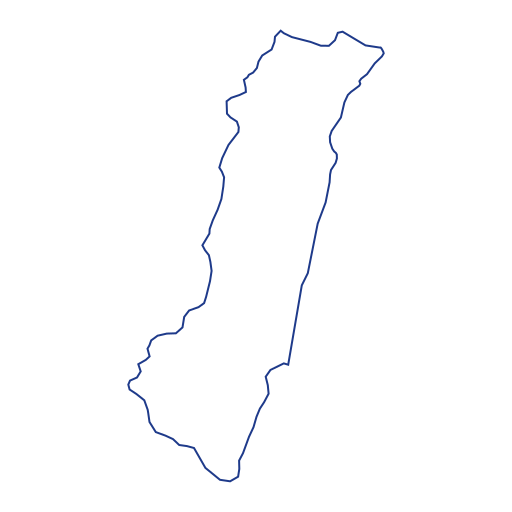 map outline of Hualien (Mercator projection)
{"feature_id": "TWN-1172", "entity_name": "Hualien", "entity_type": "County", "adm_level": 1, "iso_a3": "TWN", "parent_name": "Taiwan", "parent_adm1": "", "projection": "mercator", "projection_center": [121.379, 23.74], "detail": "fine", "context": "isolated", "style": "outline", "palette": "blue", "viewbox_px": 512, "rotation_deg": 0, "n_neighbors": 0, "source": "natural_earth", "source_scale": "10m", "svg_char_len": 1647}
<svg xmlns="http://www.w3.org/2000/svg" viewBox="0 0 512 512"><path d="M380.6,47.5L381.4,48.4L382.5,50.3L383.4,52.1L383.7,53.4L381.9,56.4L374.7,63.4L367.0,74.2L361.2,78.7L359.4,81.2L360.3,83.8L359.3,85.7L351.0,91.9L347.9,94.9L344.4,102.4L340.9,117.5L331.7,130.9L329.8,136.4L330.1,142.2L332.3,148.7L334.2,151.5L335.8,152.8L336.8,154.5L336.9,158.5L335.6,162.9L331.0,170.0L330.1,174.4L329.6,182.3L325.6,202.5L317.7,223.6L307.8,273.2L301.8,285.3L288.2,364.7L283.8,363.4L270.5,369.9L265.7,376.7L267.8,385.2L268.6,393.7L264.1,402.2L259.9,408.6L256.5,416.8L253.5,427.2L249.0,436.8L243.0,453.2L239.1,460.6L239.3,469.0L238.1,476.7L230.1,481.3L220.0,479.8L205.4,467.9L194.0,448.0L187.0,446.1L179.2,445.0L173.0,439.1L165.4,435.6L155.8,432.1L149.5,422.0L148.2,412.9L147.7,409.8L144.3,400.3L136.4,394.0L129.6,389.5L128.3,384.6L130.0,380.6L137.0,377.5L140.7,371.4L138.3,364.2L145.8,359.9L149.6,356.4L147.5,348.7L149.4,345.4L151.2,340.4L157.6,335.7L166.8,333.6L175.9,333.3L182.5,327.4L184.2,316.9L189.1,310.5L198.6,307.1L204.1,303.1L206.1,296.9L210.0,281.2L211.6,270.9L210.4,262.0L208.9,255.2L205.0,250.2L202.4,245.3L209.4,233.6L209.7,229.0L212.8,220.3L217.6,209.8L221.4,199.0L223.3,186.6L224.1,177.3L221.9,171.7L219.3,167.6L222.2,158.1L228.5,144.9L238.4,132.0L238.8,127.3L236.9,121.6L230.5,117.4L227.0,113.7L226.6,101.3L231.2,97.8L239.5,95.0L245.9,92.0L245.6,87.5L243.9,79.8L247.4,77.3L248.9,74.8L253.1,72.6L256.9,68.0L258.5,61.6L262.2,55.5L271.6,49.5L274.5,41.9L275.0,36.7L280.7,30.7L283.8,33.2L291.9,37.1L310.5,41.9L320.8,45.7L328.9,45.8L335.0,40.2L337.8,32.8L342.6,31.7L365.5,45.4L379.3,47.5L380.6,47.5Z" fill="none" stroke="#1e3a8a" stroke-width="2"/></svg>